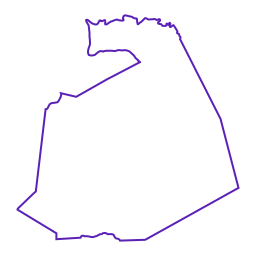 the district of San Francisco de Yojoa, Cortés, Honduras
{"feature_id": "27666195B57789341600381", "entity_name": "San Francisco de Yojoa", "entity_type": "district", "adm_level": 2, "iso_a3": "HND", "parent_name": "Honduras", "parent_adm1": "Cortés", "projection": "natural_earth1", "projection_center": [-87.991, 15.032], "detail": "fine", "context": "isolated", "style": "outline", "palette": "violet", "viewbox_px": 256, "rotation_deg": 0, "n_neighbors": 0, "source": "geoboundaries", "source_scale": "gbopen_adm2", "svg_char_len": 5195}
<svg xmlns="http://www.w3.org/2000/svg" viewBox="0 0 256 256"><path d="M60.9,93.2L61.0,93.5L61.1,94.0L61.1,94.5L61.1,94.9L61.1,95.3L61.0,95.7L60.8,96.6L60.6,97.1L60.4,97.6L59.5,99.3L58.6,100.9L58.3,101.3L58.0,101.7L57.7,102.0L57.3,102.2L56.8,102.4L56.4,102.5L54.9,102.7L52.4,103.0L51.8,103.1L51.3,103.3L51.0,103.4L50.6,103.6L50.2,103.9L49.9,104.1L49.6,104.4L49.4,104.8L48.8,105.8L47.9,107.6L47.5,108.3L47.3,108.6L46.9,109.0L46.6,109.1L46.1,109.2L45.6,109.2L35.8,191.5L33.4,193.6L17.7,208.7L17.5,209.7L56.4,233.3L56.4,239.2L80.5,237.7L81.3,236.2L81.8,235.9L82.6,235.7L83.4,235.8L84.1,236.0L85.0,236.3L86.7,236.2L88.6,236.4L91.2,237.0L92.3,237.1L93.5,237.0L94.6,236.6L95.5,236.3L96.5,236.1L97.2,235.8L98.2,235.1L99.1,234.7L99.8,234.3L100.5,234.2L101.5,234.2L102.1,233.9L102.7,233.3L104.1,233.0L104.6,233.0L105.2,233.0L106.1,233.2L107.7,234.2L109.8,234.1L110.7,234.1L112.0,234.2L113.2,234.6L113.8,235.1L114.1,235.9L114.5,236.5L114.8,237.2L115.4,237.9L116.2,238.4L118.2,238.9L119.3,239.5L119.8,240.1L120.0,240.6L145.2,239.8L227.3,194.1L238.5,187.9L220.5,118.8L180.3,39.6L180.2,39.5L180.1,39.4L180.2,39.0L180.4,37.8L180.5,37.3L180.4,37.2L179.4,35.8L179.2,34.7L179.0,34.2L178.8,33.8L178.5,33.7L178.3,33.6L177.8,33.5L177.5,33.3L177.3,33.2L177.1,33.0L177.1,32.8L177.1,32.3L177.2,32.1L177.3,31.8L177.4,31.6L177.3,31.3L176.9,30.5L176.0,28.9L174.9,27.2L174.0,25.8L173.8,25.5L173.6,25.3L173.4,25.2L173.2,25.3L172.9,25.4L171.2,26.6L170.7,26.9L170.5,27.0L170.3,27.0L170.1,26.9L169.9,26.8L169.8,26.6L169.7,26.3L169.7,26.0L169.8,25.6L170.3,24.1L170.4,23.9L170.3,23.6L170.2,23.3L170.1,23.2L169.9,23.0L169.7,23.0L169.6,22.9L169.4,23.0L169.1,23.4L168.9,23.7L168.9,24.0L168.8,24.3L168.8,24.5L168.6,24.7L168.5,24.8L168.4,24.8L168.2,24.8L168.1,24.7L167.9,24.6L167.7,24.4L167.6,24.0L167.4,23.8L167.2,23.7L166.9,23.6L166.7,23.6L166.5,23.8L166.5,24.0L166.5,24.3L166.5,24.5L166.4,24.9L166.3,25.3L166.2,25.5L165.7,25.9L165.4,25.9L163.8,25.9L163.1,25.9L162.9,25.9L162.5,25.8L162.3,25.6L162.1,25.4L161.7,24.8L161.3,24.3L161.1,24.2L160.5,24.1L159.3,23.9L158.7,23.8L158.5,23.7L158.4,23.6L158.2,23.4L158.0,23.0L158.0,22.8L158.1,22.6L158.2,22.3L158.5,22.0L158.8,21.8L159.4,21.3L159.6,21.1L159.9,20.8L160.0,20.7L160.1,20.2L160.1,19.9L160.0,19.7L159.9,19.5L159.8,19.4L159.6,19.3L159.3,19.2L159.0,19.2L158.8,19.3L158.3,19.4L157.9,19.7L157.6,19.8L157.3,19.9L156.9,20.0L156.7,20.0L156.5,19.9L156.0,19.6L155.4,19.3L154.8,19.1L154.6,19.0L154.2,19.0L153.7,19.1L152.5,19.3L151.4,19.3L149.3,19.5L148.7,19.4L148.2,19.4L147.7,19.2L147.4,19.0L146.7,18.6L146.1,18.3L145.7,18.1L145.4,18.1L145.1,18.2L144.7,18.5L144.3,18.8L143.7,19.5L141.9,21.3L141.1,21.8L139.9,22.7L139.2,23.3L138.7,23.8L138.4,24.0L138.2,24.1L137.8,24.2L137.7,24.1L137.5,23.3L137.2,21.9L136.9,19.3L136.9,19.0L136.8,18.8L136.7,18.7L136.3,18.5L136.1,18.4L135.9,18.4L135.4,18.4L135.1,18.4L134.6,18.3L134.0,18.1L133.7,18.0L133.3,17.8L133.1,17.6L132.7,17.3L132.4,17.1L131.7,16.8L131.1,16.6L130.7,16.5L129.4,16.3L128.3,16.0L126.5,15.6L125.3,15.4L125.1,15.4L124.9,15.4L124.6,15.5L124.2,15.7L124.0,15.8L123.8,16.0L123.6,16.4L123.4,16.8L123.2,17.1L123.0,17.6L123.0,18.0L123.1,18.4L123.1,18.7L123.5,19.6L123.5,19.8L123.5,20.0L123.4,20.3L123.1,20.4L122.9,20.5L122.7,20.6L122.2,20.6L121.7,20.6L120.4,20.4L119.3,20.3L118.7,20.2L117.8,19.9L117.3,19.6L117.1,19.6L116.8,19.6L116.4,19.6L115.6,19.9L114.1,20.4L112.1,21.2L110.8,21.6L109.0,22.7L107.4,23.9L107.2,24.1L106.7,24.3L106.2,24.4L105.8,24.4L105.5,24.4L105.3,24.3L105.2,24.0L105.1,23.6L105.1,23.2L105.2,22.8L105.3,22.1L105.3,21.9L105.3,21.7L105.2,21.2L105.1,20.7L104.9,20.3L104.8,20.1L104.7,20.1L104.2,20.2L103.6,20.5L103.0,20.8L102.7,20.9L102.5,21.0L101.7,21.0L101.4,21.1L101.0,21.0L100.8,20.9L100.7,20.6L100.4,20.4L100.2,20.4L99.9,20.4L99.6,20.6L99.2,21.1L98.8,21.8L98.2,23.1L97.8,23.5L97.6,23.8L97.3,24.1L96.9,24.3L96.5,24.4L95.9,24.5L95.0,24.4L94.5,24.3L93.6,24.0L92.7,23.6L91.7,23.1L90.6,22.3L90.0,21.8L89.4,21.2L88.8,20.8L88.3,20.4L87.7,20.0L87.4,19.9L87.0,19.8L86.7,19.8L86.3,19.9L86.2,20.0L86.1,20.4L86.1,20.7L86.3,21.2L86.4,21.6L86.8,22.2L87.5,23.4L87.9,24.1L88.4,25.0L88.5,25.4L88.7,25.8L88.8,26.6L89.1,29.2L89.2,30.2L89.4,31.7L89.5,32.1L89.5,32.7L89.5,34.4L89.5,36.9L89.6,37.4L89.8,39.1L89.9,41.3L90.0,42.5L90.0,43.6L89.9,44.5L89.8,45.0L89.6,45.6L89.4,46.3L88.8,47.7L88.6,48.5L88.4,49.3L88.2,49.9L88.1,50.6L88.1,51.2L88.0,51.7L88.0,52.2L88.1,52.7L88.1,53.0L88.3,53.5L88.4,54.1L88.6,54.6L88.8,54.8L88.9,55.0L89.2,55.1L90.0,55.3L91.2,55.5L91.8,55.5L92.4,55.4L93.2,55.3L94.1,55.1L94.8,54.9L95.0,54.8L95.2,54.6L97.8,52.4L98.1,52.2L98.9,51.7L99.5,51.4L100.1,51.2L100.5,51.1L100.9,51.1L101.9,51.2L102.4,51.3L102.8,51.5L103.1,51.5L103.4,51.5L103.6,51.3L103.9,51.2L104.4,51.1L105.9,50.8L106.3,50.7L107.0,50.8L107.5,50.8L110.1,50.7L112.4,50.8L114.6,51.1L115.2,51.0L115.8,50.9L116.6,50.6L117.4,50.3L117.8,50.2L118.3,50.1L118.6,50.1L119.3,50.1L120.8,50.3L122.1,50.4L122.7,50.4L123.4,50.3L124.2,50.2L125.1,50.2L125.9,50.3L126.6,50.4L127.4,50.6L128.1,50.9L129.6,51.5L132.7,54.4L133.5,55.1L133.8,55.4L134.4,56.1L135.0,57.3L135.5,57.9L135.9,58.4L136.2,58.6L137.0,59.3L137.9,60.0L137.9,60.3L138.0,60.5L138.3,60.9L138.7,61.1L139.7,61.7L139.9,61.9L140.0,62.1L107.6,79.0L76.2,96.8L60.9,93.2Z" fill="none" stroke="#5b21b6" stroke-width="2"/></svg>